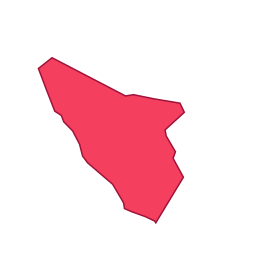 Al Mahwit City, Al Mahwit, Yemen (orthographic projection), rotated 153°
{"feature_id": "15242507B54301624222868", "entity_name": "Al Mahwit City", "entity_type": "district", "adm_level": 2, "iso_a3": "YEM", "parent_name": "Yemen", "parent_adm1": "Al Mahwit", "projection": "orthographic", "projection_center": [43.552, 15.463], "detail": "fine", "context": "isolated", "style": "filled", "palette": "rose", "viewbox_px": 256, "rotation_deg": 153, "n_neighbors": 0, "source": "geoboundaries", "source_scale": "gbopen_adm2", "svg_char_len": 503}
<svg xmlns="http://www.w3.org/2000/svg" viewBox="0 0 256 256"><g transform="rotate(153 128 128)"><path d="M182.4,162.6L178.6,150.4L178.6,145.2L178.5,135.6L181.2,123.6L179.8,115.3L167.2,84.8L165.9,63.4L167.7,57.8L162.7,51.7L152.9,41.3L146.5,33.0L146.3,30.9L101.0,59.0L101.6,80.5L96.5,85.3L97.6,103.6L95.8,109.5L70.7,116.4L70.4,126.5L91.5,142.1L108.0,155.2L115.7,157.7L163.8,225.1L180.8,221.7L183.3,199.2L185.6,176.2L181.7,169.4L182.4,162.6Z" fill="#f43f5e" stroke="#9f1239" stroke-width="1.5"/></g></svg>